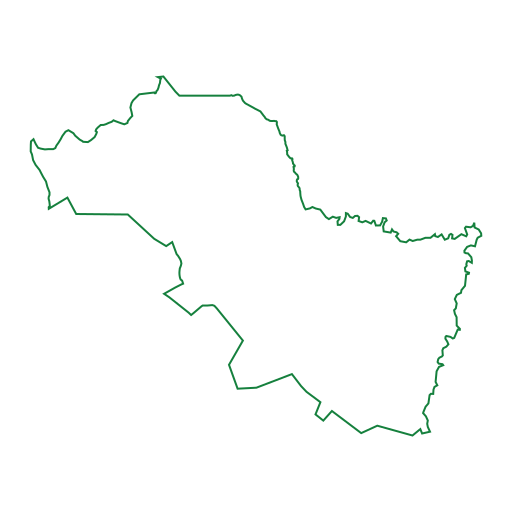 San Juan Comaltepec, Oaxaca, Mexico
{"feature_id": "50627088B18833881773629", "entity_name": "San Juan Comaltepec", "entity_type": "district", "adm_level": 2, "iso_a3": "MEX", "parent_name": "Mexico", "parent_adm1": "Oaxaca", "projection": "robinson", "projection_center": [-95.952, 17.329], "detail": "fine", "context": "isolated", "style": "outline", "palette": "green", "viewbox_px": 512, "rotation_deg": 0, "n_neighbors": 0, "source": "geoboundaries", "source_scale": "gbopen_adm2", "svg_char_len": 4715}
<svg xmlns="http://www.w3.org/2000/svg" viewBox="0 0 512 512"><path d="M430.0,431.7L427.8,426.9L427.2,423.8L427.8,420.5L425.9,416.3L423.1,413.1L423.5,411.8L425.6,406.7L428.4,403.4L429.6,395.1L430.9,393.8L433.2,393.9L433.5,389.6L434.5,386.9L437.3,385.3L435.6,381.9L436.6,371.3L439.0,366.9L443.2,365.2L442.5,364.2L438.7,363.6L437.6,362.0L438.2,359.2L439.4,357.7L442.0,356.4L442.8,355.4L442.4,350.3L443.3,348.2L446.3,346.7L448.4,344.3L447.2,341.5L445.4,338.7L445.5,336.9L446.3,336.0L447.8,336.3L450.5,336.9L452.8,338.5L454.2,337.9L457.7,329.6L459.8,329.8L459.9,328.9L456.7,325.6L456.6,317.2L454.9,313.8L454.1,310.2L455.8,308.4L456.7,303.4L454.8,299.1L456.8,294.9L461.0,292.8L461.4,290.2L465.0,285.8L466.2,274.4L468.8,273.8L469.0,272.7L465.4,271.4L464.9,267.9L466.7,265.7L466.3,264.2L467.1,261.3L468.7,261.0L471.8,262.8L471.9,260.5L471.3,257.2L468.0,253.4L465.9,253.2L464.5,252.5L464.4,250.7L467.1,246.9L470.9,245.4L475.0,246.3L476.7,239.7L477.7,237.7L481.3,235.8L481.1,233.3L478.7,229.5L474.6,227.5L474.3,222.7L473.0,225.9L470.6,227.3L466.0,226.7L464.9,228.1L467.2,234.5L466.2,236.3L461.4,234.2L454.7,238.9L452.1,238.4L452.5,234.9L451.0,233.9L449.4,234.8L448.2,238.3L444.8,239.7L441.6,234.4L437.9,237.0L435.2,236.1L434.9,234.2L430.5,237.8L425.4,237.8L420.3,239.7L417.2,239.7L412.7,241.0L409.5,239.6L406.2,242.3L400.3,241.2L396.1,236.2L398.2,233.8L396.6,232.3L393.5,231.5L392.0,229.4L390.7,232.6L383.7,231.4L383.1,226.5L384.6,222.3L386.7,220.5L385.9,218.4L382.9,218.1L382.1,221.8L380.1,225.4L375.9,225.5L374.3,220.8L373.2,220.7L371.0,223.5L365.6,220.9L362.3,222.3L358.6,221.0L359.1,217.2L357.5,215.8L355.0,216.0L352.8,217.9L350.1,217.0L347.7,213.7L345.9,213.1L345.9,216.4L344.1,221.3L340.3,224.9L337.8,224.9L337.5,221.4L339.4,218.9L339.6,217.2L336.2,217.9L332.8,216.7L328.9,219.1L325.9,217.1L320.3,209.6L315.7,208.5L312.4,207.0L309.9,208.4L305.6,209.4L304.1,206.9L303.1,203.9L301.5,199.8L300.8,197.2L300.5,195.8L300.3,193.4L300.2,191.3L299.7,190.0L299.6,188.5L299.3,187.7L297.9,186.1L297.6,185.0L297.8,184.1L298.0,183.3L297.4,182.6L296.8,181.5L296.8,180.2L297.2,179.3L297.9,179.1L298.2,178.6L298.2,177.6L298.2,176.9L297.9,176.1L297.2,174.7L296.5,174.2L295.6,173.4L295.1,172.6L294.1,171.8L293.8,171.1L293.7,170.2L293.9,169.1L293.7,167.8L293.5,166.9L294.1,166.5L294.6,166.4L294.7,165.5L293.9,164.9L293.5,164.1L293.0,163.6L293.0,163.1L292.8,162.1L292.1,160.0L292.5,159.1L292.1,158.4L290.5,158.3L289.2,157.0L287.2,154.4L287.1,152.0L286.8,150.7L287.2,150.5L287.6,150.3L286.9,147.6L286.1,145.5L285.4,143.8L285.4,142.0L285.0,140.8L284.8,140.3L284.7,138.8L284.7,136.2L283.9,135.2L282.7,135.6L281.4,135.3L280.6,134.7L279.7,132.8L279.5,131.6L278.9,130.2L278.1,128.2L276.7,124.3L276.9,122.8L276.8,121.8L276.3,121.2L274.9,121.1L274.2,120.9L272.4,121.0L270.9,121.0L269.5,120.7L268.7,120.0L268.1,119.7L266.7,119.3L265.4,118.2L264.8,117.1L263.4,115.4L260.4,111.4L259.0,110.7L256.3,109.3L255.4,108.9L253.2,107.6L246.2,103.8L245.0,103.0L242.9,100.6L242.3,99.2L242.0,98.6L241.5,96.7L240.0,95.3L238.7,94.7L237.3,94.6L235.5,95.0L234.3,95.6L232.6,95.8L231.4,95.2L229.8,95.7L179.4,95.7L175.4,91.6L163.4,76.5L157.9,77.1L160.9,78.7L160.3,79.8L160.1,81.7L159.9,83.2L159.2,84.8L158.8,86.2L158.5,87.6L157.6,89.9L156.3,91.4L156.1,92.4L155.6,93.2L154.9,93.3L154.3,92.9L154.2,92.5L139.3,94.3L133.1,100.4L131.5,103.1L130.4,107.5L131.6,112.2L132.3,115.9L130.2,118.1L127.9,121.0L127.4,123.0L124.3,124.3L120.7,123.1L115.0,121.0L113.5,120.3L111.7,121.8L108.7,122.9L105.9,124.2L103.6,124.9L100.7,125.0L97.7,127.6L96.2,129.3L95.6,131.0L96.9,132.1L96.2,134.1L94.6,137.1L91.0,140.1L87.9,142.1L83.1,141.8L82.5,141.2L79.7,139.6L75.2,135.7L73.4,133.2L68.4,130.2L65.5,131.7L62.4,135.9L60.6,139.3L58.5,142.7L56.4,145.6L55.3,148.1L53.3,149.1L48.8,149.1L44.9,149.4L40.7,148.6L38.1,147.8L35.9,144.3L34.5,141.4L33.5,139.2L31.0,141.4L30.8,144.6L30.7,151.4L32.0,154.5L33.1,160.1L35.6,164.9L39.6,170.0L41.0,172.8L43.1,176.8L46.0,181.5L47.4,186.9L49.5,192.3L49.5,195.0L48.7,197.0L48.6,198.8L49.3,201.3L49.6,203.7L49.8,205.9L48.7,207.2L48.8,208.8L67.4,197.6L76.2,214.0L127.8,214.5L154.2,238.8L166.2,246.1L172.2,242.1L176.6,254.1L178.1,255.9L179.1,257.5L180.1,259.1L180.9,261.0L181.4,263.5L180.9,265.6L180.3,267.2L179.8,268.4L179.5,271.1L179.4,272.8L179.5,274.9L179.8,276.9L180.2,278.4L180.7,279.6L181.2,279.9L182.1,280.6L182.6,282.1L183.1,283.7L181.4,284.4L175.3,287.5L164.1,293.8L169.3,297.3L188.7,312.7L191.1,315.0L193.4,313.2L201.5,306.3L202.7,305.5L207.7,305.5L212.4,305.1L214.4,305.8L216.8,308.4L242.9,340.6L229.0,364.8L237.6,388.7L256.4,387.7L291.9,374.1L301.1,386.1L306.5,391.8L320.4,402.2L315.5,414.4L323.3,420.6L331.9,411.0L361.2,433.1L362.3,432.6L377.3,425.7L412.5,435.5L420.3,429.1L422.1,433.5L430.0,431.7Z" fill="none" stroke="#15803d" stroke-width="2"/></svg>